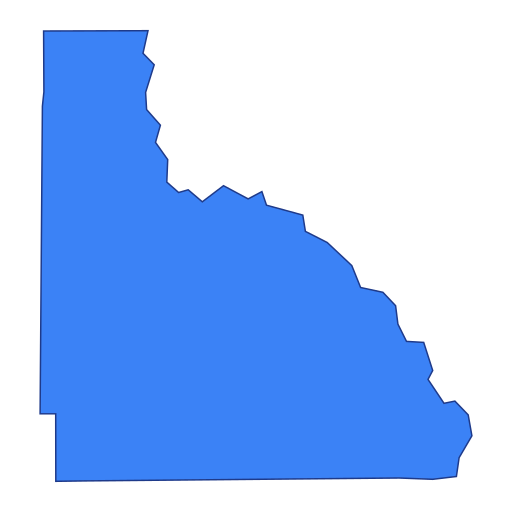 Lafayette, Florida, United States of America (Robinson projection)
{"feature_id": "52423323B3691200212151", "entity_name": "Lafayette", "entity_type": "district", "adm_level": 2, "iso_a3": "USA", "parent_name": "United States of America", "parent_adm1": "Florida", "projection": "robinson", "projection_center": [-83.115, 30.041], "detail": "fine", "context": "isolated", "style": "filled", "palette": "blue", "viewbox_px": 512, "rotation_deg": 0, "n_neighbors": 0, "source": "geoboundaries", "source_scale": "gbopen_adm2", "svg_char_len": 646}
<svg xmlns="http://www.w3.org/2000/svg" viewBox="0 0 512 512"><path d="M148.0,30.7L43.6,31.0L43.9,91.9L42.4,106.2L40.1,413.8L55.7,413.8L55.8,481.3L85.4,480.9L399.0,478.0L432.7,479.3L456.4,476.5L459.1,457.7L471.9,435.8L468.2,414.9L454.9,401.1L444.0,403.3L428.0,379.4L432.7,370.5L423.7,342.4L406.5,341.4L397.9,324.1L395.6,305.7L382.9,292.3L360.6,287.5L351.8,265.6L327.2,242.5L305.4,231.4L302.8,215.1L266.5,205.2L261.9,191.6L248.1,198.9L223.5,185.7L202.3,201.8L188.2,189.8L178.6,192.5L166.8,182.1L167.7,159.6L155.5,142.4L160.4,125.2L146.6,109.6L145.6,92.4L154.2,64.8L143.0,53.3L148.0,30.7Z" fill="#3b82f6" stroke="#1e3a8a" stroke-width="1.5"/></svg>